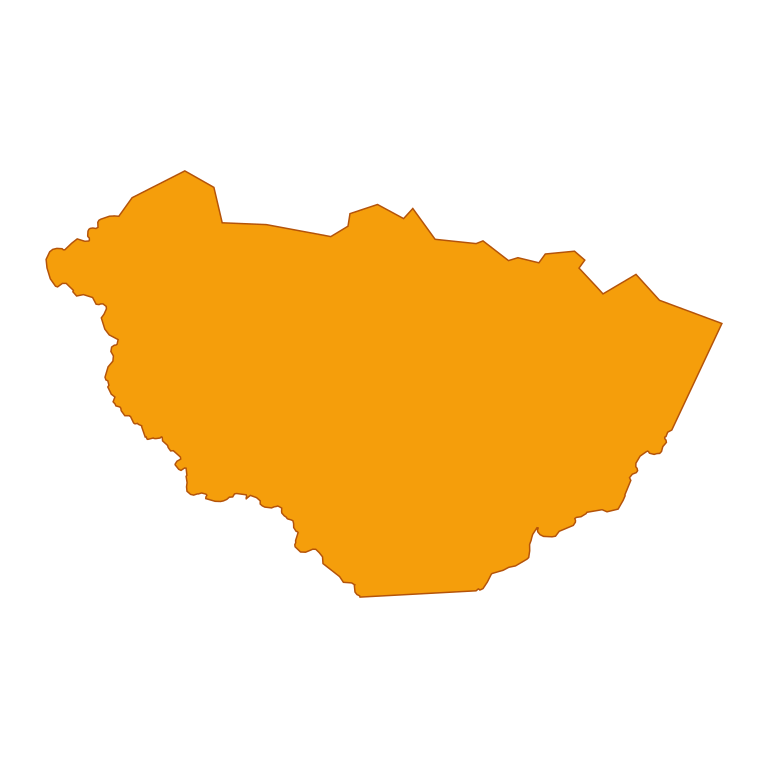 the district of McDowell, West Virginia, United States of America
{"feature_id": "52423323B38725266060317", "entity_name": "McDowell", "entity_type": "district", "adm_level": 2, "iso_a3": "USA", "parent_name": "United States of America", "parent_adm1": "West Virginia", "projection": "natural_earth1", "projection_center": [-81.736, 37.375], "detail": "fine", "context": "isolated", "style": "filled", "palette": "amber", "viewbox_px": 768, "rotation_deg": 0, "n_neighbors": 0, "source": "geoboundaries", "source_scale": "gbopen_adm2", "svg_char_len": 3552}
<svg xmlns="http://www.w3.org/2000/svg" viewBox="0 0 768 768"><path d="M114.0,215.9L113.9,216.0L109.5,216.2L100.8,219.2L98.9,220.3L97.8,222.3L98.0,227.3L96.0,228.5L92.8,228.0L90.2,228.4L88.9,229.3L88.0,231.1L87.7,235.7L87.9,236.6L89.3,238.0L89.4,240.3L88.8,241.0L84.9,241.3L77.2,238.9L71.6,243.3L64.8,249.8L63.3,249.8L62.1,248.7L56.8,248.4L52.7,249.4L49.7,251.8L46.1,259.4L47.0,267.9L50.3,278.8L55.5,286.2L57.6,286.9L62.4,283.4L66.2,283.4L73.4,290.4L72.9,291.8L76.6,296.0L83.4,294.6L92.6,297.5L96.1,304.2L99.0,304.6L100.7,303.9L103.0,303.9L106.2,306.4L106.4,308.9L104.0,314.2L101.3,317.9L104.8,329.1L109.2,334.9L118.1,339.6L117.1,344.2L115.8,345.1L114.3,345.2L111.6,347.1L110.9,351.5L113.4,355.9L112.9,361.1L108.1,366.8L105.0,377.2L105.9,379.9L107.8,380.8L108.9,385.2L107.8,387.0L111.4,394.4L111.7,394.5L114.9,397.0L113.1,401.8L115.0,403.9L115.9,405.9L119.9,407.0L120.8,408.2L121.2,410.7L124.8,415.7L129.4,415.7L129.9,416.3L130.5,416.5L133.4,422.5L134.0,423.3L134.9,423.8L135.3,423.8L137.5,423.4L138.3,424.3L141.7,425.8L141.7,426.8L145.2,437.0L145.7,436.9L146.3,437.0L146.4,437.7L147.3,439.3L148.2,439.3L153.3,438.0L154.1,438.5L155.9,438.6L160.1,438.0L161.3,436.9L162.2,437.3L162.6,440.9L167.6,445.5L168.2,447.6L170.6,450.9L173.3,450.7L180.4,457.0L180.7,459.1L177.0,461.2L175.3,463.8L175.1,464.6L175.5,465.4L176.0,465.9L178.7,469.3L181.0,470.4L184.6,468.0L186.1,468.2L186.9,475.3L186.6,475.7L186.1,476.3L187.1,482.7L186.5,486.8L187.0,491.3L190.6,494.4L193.7,495.1L197.3,493.9L198.1,494.0L201.6,493.0L205.9,494.1L206.9,495.2L205.9,497.0L205.8,498.6L215.1,501.3L220.5,501.5L223.4,500.9L226.8,499.4L229.4,497.1L230.8,497.1L232.7,496.9L234.5,493.9L236.6,493.5L246.2,494.8L246.6,496.4L246.1,498.1L246.3,498.7L249.6,496.0L250.4,495.4L256.5,497.6L260.2,500.8L260.2,504.0L262.2,505.8L264.8,507.1L271.6,507.9L274.2,506.8L275.5,506.6L276.6,506.4L277.6,506.0L279.1,506.6L281.7,508.1L281.6,510.7L281.6,511.7L281.8,513.0L284.2,515.8L286.3,517.2L287.1,518.5L287.9,519.0L291.5,520.0L293.0,520.9L293.6,523.7L293.7,527.6L296.1,531.3L297.4,531.7L298.1,532.6L295.6,540.5L295.7,542.7L294.8,544.7L295.1,546.8L299.8,551.3L300.5,552.0L305.6,552.2L310.7,550.1L312.7,549.2L315.8,549.3L319.2,552.6L322.5,556.8L323.0,563.6L339.6,576.6L343.4,582.3L351.6,582.9L354.8,584.9L354.3,585.3L355.0,592.0L356.9,594.5L359.7,595.9L360.0,597.1L476.1,590.8L478.3,588.9L479.4,589.5L479.8,590.0L480.5,589.8L483.0,588.6L487.3,582.1L491.3,574.2L492.1,573.5L503.3,570.2L508.8,567.3L515.5,565.9L527.2,559.0L528.7,557.5L529.7,550.8L529.6,544.4L531.1,540.4L531.8,537.4L532.7,534.4L537.0,527.7L538.1,527.9L538.1,528.8L537.4,529.5L537.8,531.9L540.1,534.7L543.5,536.4L552.1,536.8L555.5,536.2L559.2,531.3L573.3,525.4L575.4,522.2L575.5,520.5L574.8,518.5L576.4,517.4L581.1,516.7L586.1,513.6L586.9,512.3L602.1,509.7L607.0,511.8L618.1,509.1L623.1,500.4L625.1,495.8L624.9,494.8L625.5,493.3L630.8,480.4L629.5,477.7L632.3,474.2L636.3,472.6L637.6,470.7L637.1,468.4L635.8,466.7L635.9,463.2L640.1,456.1L646.2,451.8L647.6,451.1L648.5,451.6L649.4,453.1L650.2,453.4L654.1,454.4L656.8,453.6L659.7,453.4L661.5,451.5L662.8,446.6L666.4,442.4L666.0,440.1L664.8,438.7L664.7,437.2L666.0,436.5L667.0,433.9L667.7,432.2L671.8,430.0L721.9,323.5L659.5,300.3L636.0,274.4L603.0,293.9L596.7,287.0L579.0,268.1L584.8,260.1L574.5,251.2L545.3,254.0L538.9,262.8L517.9,257.7L508.5,260.6L483.0,240.9L476.1,243.6L435.1,239.3L412.8,208.5L403.6,218.6L377.5,204.5L350.0,213.6L348.0,226.2L330.8,236.6L266.3,224.6L222.2,222.8L213.9,187.4L184.8,170.9L132.1,197.7L118.8,216.3L114.0,215.9Z" fill="#f59e0b" stroke="#b45309" stroke-width="1.5"/></svg>